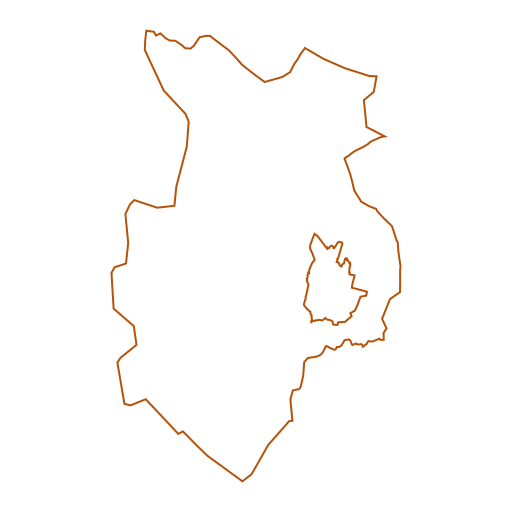 Bosso, Niger, Nigeria
{"feature_id": "59680162B93998087230069", "entity_name": "Bosso", "entity_type": "district", "adm_level": 2, "iso_a3": "NGA", "parent_name": "Nigeria", "parent_adm1": "Niger", "projection": "equal_earth", "projection_center": [6.502, 9.642], "detail": "fine", "context": "isolated", "style": "outline", "palette": "amber", "viewbox_px": 512, "rotation_deg": 0, "n_neighbors": 0, "source": "geoboundaries", "source_scale": "gbopen_adm2", "svg_char_len": 4090}
<svg xmlns="http://www.w3.org/2000/svg" viewBox="0 0 512 512"><path d="M292.4,420.8L292.0,416.5L290.6,402.0L290.4,399.4L290.8,397.7L292.9,390.4L299.1,389.1L300.6,387.0L303.2,376.0L304.2,362.2L307.8,358.0L316.7,356.6L320.7,354.8L323.1,351.9L325.8,346.2L326.8,346.1L330.1,348.0L334.4,349.8L335.7,349.2L336.9,347.0L339.0,347.0L341.4,345.5L344.6,340.2L349.0,339.4L350.5,340.8L351.8,344.4L352.4,345.0L355.9,343.5L356.0,343.6L357.0,344.3L358.6,344.5L361.0,344.1L361.9,344.5L362.2,344.7L362.5,345.4L362.6,346.4L362.9,346.8L363.6,346.4L365.2,344.8L366.6,344.1L367.4,342.5L368.5,341.1L372.0,341.6L379.5,338.7L380.5,339.9L383.7,339.8L383.6,333.0L386.5,328.4L382.1,318.8L390.0,299.1L400.0,292.1L400.2,281.5L400.1,270.3L400.5,266.2L399.7,260.9L398.4,251.8L397.7,242.0L396.7,240.7L392.0,226.2L383.7,218.2L382.6,217.0L377.5,211.5L376.0,208.8L372.1,207.4L369.4,206.3L368.1,205.6L365.8,204.3L361.3,201.7L354.5,191.0L354.3,190.7L352.3,182.0L350.5,175.1L348.0,167.9L344.5,158.5L346.3,157.1L348.6,155.8L350.9,153.8L352.8,152.5L354.8,151.1L357.5,149.7L360.2,148.4L362.7,147.2L365.1,145.8L367.7,144.3L369.8,142.3L372.8,140.6L375.7,139.4L379.5,137.6L382.7,136.7L384.8,136.4L366.5,127.0L363.9,100.1L373.7,92.0L376.6,76.3L369.3,76.0L345.1,68.3L323.6,58.9L304.9,48.0L304.3,49.1L303.3,50.4L300.4,54.3L299.1,56.7L297.9,58.9L296.4,61.1L294.5,63.5L291.6,69.2L290.1,72.1L288.2,73.3L284.1,75.9L282.8,76.7L281.0,77.3L276.4,78.7L267.0,81.3L264.7,82.0L262.6,80.5L254.0,74.2L253.0,73.4L251.6,72.3L244.2,66.5L242.2,64.9L240.1,62.5L236.4,58.3L235.0,56.8L231.0,52.5L229.0,50.4L226.9,48.8L219.3,43.1L211.8,37.4L210.0,35.9L208.0,35.9L205.9,35.9L205.6,35.9L205.3,36.0L201.8,36.8L199.7,37.2L196.9,41.2L193.8,45.8L190.5,48.6L185.2,48.2L181.6,45.0L175.3,40.8L169.6,40.5L165.5,38.1L160.4,33.4L156.0,35.5L153.9,31.8L146.3,30.7L145.2,40.6L144.8,50.0L163.7,90.5L185.5,113.9L188.7,121.7L186.8,146.5L176.3,186.7L174.4,205.8L157.2,207.7L134.2,200.1L130.0,204.4L125.4,214.0L128.2,243.0L126.0,263.5L114.5,267.3L111.5,272.9L113.6,308.6L133.8,326.1L136.5,344.9L120.5,357.8L117.4,362.5L124.4,403.8L130.5,405.4L145.7,399.2L178.3,433.9L182.9,431.4L197.3,446.0L207.3,455.7L242.4,481.3L251.6,474.2L268.2,445.0L289.1,421.2L292.4,420.8ZM350.4,313.2L351.6,316.2L345.1,321.8L338.0,322.4L337.5,324.9L333.2,324.6L332.4,321.2L329.6,319.9L327.9,319.8L326.5,319.2L325.8,318.6L325.3,318.0L324.1,319.0L322.3,320.5L319.6,319.8L317.7,320.2L316.9,320.4L315.9,320.2L314.7,321.0L313.4,320.8L312.2,321.0L311.6,322.3L311.3,322.3L311.4,320.7L312.0,319.5L311.4,316.7L311.5,316.2L311.8,315.7L311.6,315.1L310.7,314.4L310.5,313.6L310.5,311.9L309.0,310.8L308.2,309.7L307.3,309.3L306.1,307.7L304.4,306.0L303.9,304.5L305.0,300.2L305.6,299.0L305.8,298.5L305.5,297.2L306.2,295.2L306.3,294.8L308.5,284.4L307.7,282.8L307.1,281.4L307.0,281.0L306.9,280.4L307.3,279.9L306.8,278.6L307.3,277.6L307.8,277.0L307.5,275.7L308.2,272.7L309.1,273.2L309.2,270.9L309.3,269.6L309.5,269.2L310.5,266.8L311.2,265.2L312.1,263.2L312.2,262.9L314.7,259.9L312.9,254.7L310.1,248.5L310.1,245.5L311.5,241.6L314.5,233.8L315.4,234.5L317.5,236.1L321.4,241.1L325.2,246.2L327.2,248.6L327.5,247.6L328.3,248.2L328.5,248.1L328.9,247.9L329.0,248.0L329.1,247.8L329.2,247.6L329.3,247.5L329.4,247.4L329.5,247.2L329.9,246.8L330.2,246.4L330.6,246.3L331.7,245.7L333.2,246.7L333.6,248.1L334.2,248.3L337.7,242.6L339.4,241.8L341.0,242.3L342.1,242.7L342.3,243.9L338.8,255.9L338.1,258.2L337.8,258.8L337.3,258.9L337.3,259.9L337.3,260.4L337.1,260.9L336.7,262.1L337.4,262.3L338.3,262.4L339.3,263.8L339.5,265.1L340.6,266.2L341.5,266.5L342.2,264.5L342.9,263.9L343.9,263.5L345.0,259.0L345.7,258.3L346.6,258.4L346.7,258.5L346.9,258.5L347.2,258.6L347.3,258.9L347.4,259.7L347.2,259.7L347.2,259.9L347.1,260.1L347.7,260.2L349.1,262.2L349.2,262.5L349.3,263.0L349.7,262.7L350.0,262.6L350.2,263.2L350.3,265.1L350.3,265.9L350.1,266.4L349.7,267.2L349.4,267.9L349.5,268.0L349.5,268.4L349.2,272.4L349.7,272.5L349.5,274.4L351.5,274.8L353.5,275.1L354.6,275.5L352.2,284.9L352.0,286.6L351.9,287.7L366.9,291.7L366.3,295.6L360.5,296.7L357.7,304.4L357.1,305.8L354.9,310.6L352.3,312.1L350.4,313.2Z" fill="none" stroke="#b45309" stroke-width="2"/></svg>